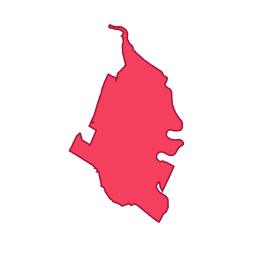 the district of Iancu Jianu, Olt, Romania, rotated 55°
{"feature_id": "2599482B6640532934930", "entity_name": "Iancu Jianu", "entity_type": "district", "adm_level": 2, "iso_a3": "ROU", "parent_name": "Romania", "parent_adm1": "Olt", "projection": "equal_earth", "projection_center": [24.005, 44.501], "detail": "fine", "context": "isolated", "style": "filled", "palette": "rose", "viewbox_px": 256, "rotation_deg": 55, "n_neighbors": 0, "source": "geoboundaries", "source_scale": "gbopen_adm2", "svg_char_len": 5676}
<svg xmlns="http://www.w3.org/2000/svg" viewBox="0 0 256 256"><g transform="rotate(55 128 128)"><path d="M218.4,158.4L219.9,157.8L220.7,157.6L221.3,157.3L222.8,156.7L222.4,155.9L222.2,155.0L221.2,153.0L220.2,151.5L219.0,148.7L218.6,147.3L218.6,144.8L218.4,144.8L216.4,141.2L216.0,140.6L215.8,140.4L215.5,140.2L215.0,140.1L214.4,139.6L213.8,139.3L212.9,138.7L211.8,137.8L210.6,137.0L209.5,136.4L208.6,136.1L207.6,136.0L206.3,136.1L205.8,136.2L204.2,136.7L202.8,137.3L202.0,137.8L201.5,138.0L199.5,138.7L197.8,139.1L195.8,139.1L194.0,139.0L193.2,138.8L192.6,138.5L192.1,138.1L191.4,137.5L190.9,136.9L190.6,136.3L190.4,135.9L190.1,134.5L189.8,133.5L190.3,133.3L190.6,133.4L191.7,134.1L192.9,134.4L194.1,135.1L194.8,135.4L195.9,135.6L197.5,135.7L197.8,135.8L198.3,136.0L199.6,136.1L199.2,135.7L197.2,132.0L194.7,127.7L194.4,127.0L193.6,125.7L192.1,122.8L191.8,122.7L191.7,122.4L191.0,121.2L190.5,120.4L190.3,119.9L189.7,119.1L188.8,117.4L187.3,114.9L186.9,114.4L186.6,113.8L185.7,112.4L184.5,113.1L183.5,113.5L179.7,115.5L178.4,116.1L177.9,116.4L177.5,116.8L176.8,117.4L175.6,118.0L174.9,118.6L174.7,118.9L174.3,120.2L174.0,120.8L173.6,121.2L173.1,121.5L172.2,121.8L171.7,121.9L170.6,121.9L169.3,121.8L168.1,121.3L167.5,120.9L166.9,120.3L166.3,119.4L166.1,119.0L165.9,118.1L165.8,117.5L165.8,116.8L165.9,116.1L166.2,115.3L166.4,114.7L166.9,114.1L169.4,112.1L172.0,111.0L173.1,110.3L173.9,109.7L174.5,109.2L175.4,108.2L175.8,107.4L176.1,106.7L176.2,105.8L176.1,104.6L176.0,104.0L175.6,102.9L174.9,101.7L174.4,100.5L173.7,98.9L173.2,97.2L173.0,95.8L173.2,94.6L173.3,92.5L173.1,92.2L172.7,91.8L171.9,91.2L171.6,91.1L170.5,91.1L169.8,91.1L168.4,91.7L167.6,92.1L166.6,93.1L166.2,93.7L165.4,95.7L163.4,97.7L162.5,98.7L161.7,99.5L160.3,100.2L159.3,100.5L158.4,100.9L157.7,101.1L157.2,101.1L156.6,100.9L155.6,100.5L155.3,100.3L154.2,99.4L153.7,98.6L153.2,97.4L153.0,96.4L153.0,96.0L153.4,94.9L153.9,94.2L155.1,93.0L156.1,92.3L156.8,91.7L158.1,89.9L158.5,89.2L158.8,88.6L159.7,87.1L159.9,86.6L159.9,85.6L159.8,85.0L159.6,84.5L159.0,83.6L158.4,83.1L157.6,82.3L156.2,81.4L154.8,80.6L154.0,80.3L152.6,80.2L150.3,80.5L145.7,80.5L143.6,80.4L141.5,80.1L137.3,79.1L135.0,78.4L132.1,77.0L128.6,75.0L124.2,72.0L122.8,71.5L121.2,71.3L119.6,71.3L118.9,71.9L118.2,72.4L115.8,73.0L114.7,73.2L113.0,72.4L112.8,72.0L112.6,71.1L111.4,69.1L110.2,67.7L109.4,67.1L108.0,67.4L106.2,68.5L105.7,68.7L104.7,68.7L103.7,68.9L103.5,68.7L103.4,68.5L102.7,68.1L101.8,68.1L100.1,68.8L99.6,68.8L98.7,69.1L96.9,70.0L96.1,70.2L95.6,70.5L94.6,70.8L94.2,70.9L94.2,71.1L93.9,71.1L93.7,71.3L92.7,71.6L91.0,72.3L90.0,72.9L88.0,73.5L87.4,73.6L81.4,75.8L74.5,77.3L73.0,77.8L71.4,78.1L70.7,78.3L70.0,78.4L69.4,78.2L68.7,78.6L67.5,78.9L67.2,78.9L66.5,78.6L65.8,78.2L65.3,78.0L63.4,77.4L63.0,77.6L61.1,77.8L59.6,78.3L58.9,78.5L58.6,78.4L58.1,77.9L57.0,77.7L56.2,77.8L55.9,78.0L54.9,77.4L54.4,77.0L54.0,76.9L53.0,76.6L52.5,76.1L52.4,75.9L51.9,75.4L51.6,75.0L49.4,73.8L46.5,73.4L46.1,73.5L44.8,74.0L43.2,74.6L41.9,75.3L41.5,75.6L41.0,75.7L40.6,76.5L40.2,76.9L39.3,78.1L38.8,79.2L37.8,80.4L37.6,80.6L37.1,80.8L36.3,81.7L35.6,82.2L34.8,82.7L34.4,83.1L34.2,83.2L33.2,83.5L33.3,84.7L33.4,84.9L34.8,85.5L35.2,85.7L35.3,85.5L35.2,85.5L36.0,84.9L36.8,84.1L37.7,83.0L39.0,82.5L39.9,81.3L41.0,80.1L42.4,78.7L43.0,78.3L45.1,77.3L47.3,76.5L48.1,78.3L49.0,80.7L49.6,80.3L50.2,80.3L51.7,80.8L53.5,81.6L54.3,82.2L55.2,82.9L56.1,84.1L56.5,84.6L56.8,85.0L57.5,85.5L59.3,86.7L64.3,89.6L65.4,90.1L67.8,90.7L69.3,91.5L70.7,92.0L72.8,92.9L74.9,93.4L74.8,93.6L74.9,93.8L74.9,94.2L74.9,94.4L75.9,95.8L76.0,96.5L76.0,97.9L76.1,98.6L76.2,98.9L76.4,99.3L76.6,99.7L76.6,100.7L76.9,102.2L77.1,103.7L77.3,105.0L78.5,106.3L79.1,107.0L79.8,107.5L80.7,108.7L81.1,109.1L82.0,110.2L82.1,110.4L81.2,109.8L80.7,109.3L80.4,109.1L80.1,109.0L79.8,109.0L77.9,110.6L77.2,110.9L76.3,111.7L75.4,112.0L74.3,112.3L73.5,112.9L72.8,113.1L72.6,113.3L72.7,113.6L73.7,115.4L74.0,115.9L75.1,117.5L76.4,119.9L77.0,120.9L78.0,122.4L79.6,124.5L80.2,125.6L82.5,128.5L83.0,128.6L83.2,128.8L83.4,129.1L83.9,129.7L85.1,131.4L86.4,133.5L87.3,134.4L88.8,136.6L94.3,143.6L94.5,143.6L97.8,148.0L98.2,148.5L101.6,154.4L102.0,154.3L102.4,154.1L103.5,153.2L103.4,153.9L103.0,154.6L102.9,155.1L102.4,155.5L104.1,158.7L109.1,156.5L111.8,155.4L115.6,161.6L117.4,164.3L118.1,165.6L119.0,167.0L120.1,169.0L119.6,169.2L119.3,169.2L118.5,169.5L115.6,170.7L111.6,172.6L111.2,172.5L109.9,171.9L107.2,170.9L106.1,170.7L105.4,170.2L105.1,170.2L104.6,170.4L104.9,172.5L105.0,173.9L105.2,174.7L106.4,176.8L107.6,179.1L111.2,185.3L113.1,189.0L124.1,184.1L129.0,182.3L129.4,182.0L130.4,181.5L132.7,180.6L133.9,180.1L136.1,179.2L136.4,178.9L136.8,178.7L138.3,178.2L140.0,178.0L141.2,177.7L141.6,177.9L141.7,178.0L141.8,178.4L143.2,177.4L144.1,177.1L144.2,177.4L144.7,177.5L144.8,177.5L144.9,177.3L145.1,177.3L145.1,177.6L145.2,177.8L145.3,177.9L145.7,177.8L145.9,177.8L146.1,178.3L146.1,178.6L147.6,177.4L148.0,177.3L148.4,177.7L149.3,178.0L149.8,178.4L153.8,180.0L155.4,180.8L156.2,181.0L158.8,182.2L159.9,182.9L160.2,183.2L160.2,183.3L161.5,182.7L162.7,182.0L163.3,181.8L164.0,182.1L167.2,183.1L167.9,183.2L168.8,183.2L169.3,183.3L169.7,183.2L171.3,183.2L174.0,183.4L175.4,183.3L176.1,183.1L176.6,182.8L178.6,182.2L178.8,182.2L179.3,182.4L179.7,182.3L180.4,182.1L181.0,181.7L181.6,181.4L181.8,181.2L182.1,180.7L182.4,180.3L183.2,180.1L184.1,179.7L184.6,179.3L184.8,179.1L185.4,178.7L186.4,178.3L187.3,178.1L188.7,177.4L188.8,176.6L190.5,170.5L191.1,170.5L193.4,169.7L193.4,169.1L193.5,167.7L193.6,167.3L194.0,166.7L194.5,165.9L195.0,165.4L195.5,165.1L196.2,164.8L203.7,162.6L206.6,161.9L207.7,161.5L208.4,161.2L210.0,160.8L211.2,160.6L218.4,158.4Z" fill="#f43f5e" stroke="#9f1239" stroke-width="1.5"/></g></svg>